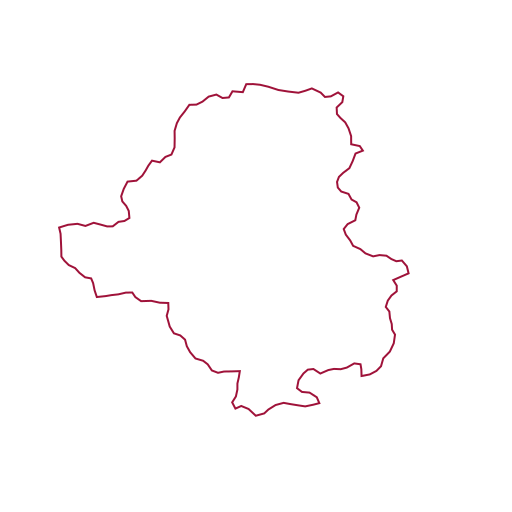 Descoberto, Minas Gerais, Brazil, rotated 236°
{"feature_id": "56859067B24625670932477", "entity_name": "Descoberto", "entity_type": "district", "adm_level": 2, "iso_a3": "BRA", "parent_name": "Brazil", "parent_adm1": "Minas Gerais", "projection": "robinson", "projection_center": [-42.969, -21.446], "detail": "fine", "context": "isolated", "style": "outline", "palette": "rose", "viewbox_px": 512, "rotation_deg": 236, "n_neighbors": 0, "source": "geoboundaries", "source_scale": "gbopen_adm2", "svg_char_len": 2400}
<svg xmlns="http://www.w3.org/2000/svg" viewBox="0 0 512 512"><g transform="rotate(236 256 256)"><path d="M311.0,101.1L306.8,109.0L304.4,114.3L301.2,120.4L298.4,127.7L294.9,133.0L289.4,133.0L282.8,135.5L277.4,144.1L271.1,150.1L266.1,157.0L260.7,153.6L256.3,148.5L250.8,146.7L245.7,145.0L237.8,144.7L232.5,148.8L226.3,150.4L219.9,148.2L213.1,147.6L204.9,148.5L198.7,153.6L193.2,155.4L185.8,155.4L180.4,159.2L178.1,164.9L174.0,171.2L169.6,178.2L164.9,173.8L160.7,169.3L155.7,165.9L150.8,160.8L148.0,154.4L141.0,153.6L139.9,159.9L133.3,164.3L123.7,166.5L120.9,174.8L121.8,180.4L121.5,188.9L118.8,196.8L113.9,201.8L108.2,207.9L103.8,212.7L100.7,220.3L98.6,226.2L104.9,227.4L112.8,224.0L117.6,218.1L123.5,216.1L129.2,221.8L132.1,229.7L132.8,235.4L130.2,240.4L122.6,243.6L121.0,252.2L118.8,257.5L114.8,262.9L112.7,268.9L112.0,277.4L107.8,282.1L103.2,280.0L97.5,276.4L94.2,284.1L93.4,291.6L94.7,298.0L100.0,304.3L101.9,313.5L106.6,321.4L113.1,327.3L118.8,327.6L123.7,330.5L129.5,332.3L135.4,335.5L141.2,335.1L145.3,340.3L147.5,346.2L148.0,352.9L152.7,356.1L159.3,356.3L157.7,365.2L156.3,372.8L163.1,375.3L170.7,374.4L173.2,369.4L177.8,366.5L183.3,364.3L187.7,358.9L190.2,352.9L197.0,348.2L203.3,346.4L210.1,342.2L216.2,342.8L223.5,342.4L229.3,343.8L231.2,349.8L230.1,358.3L234.2,362.4L238.3,368.6L244.3,369.4L249.4,366.8L255.8,367.4L261.8,362.7L267.0,362.1L272.1,364.6L275.2,369.0L276.2,374.8L276.6,382.5L280.6,389.2L285.3,395.8L283.6,403.5L289.1,403.5L295.4,397.4L302.2,401.9L310.1,404.1L316.9,404.7L323.2,403.2L328.4,402.5L334.0,405.9L335.3,413.6L339.6,417.7L345.7,415.5L346.5,407.3L349.3,402.1L355.3,401.0L363.7,396.0L365.4,389.3L367.6,382.5L374.3,374.7L381.1,367.4L389.4,360.9L395.7,355.1L400.1,349.8L403.9,344.0L399.2,336.7L405.7,328.6L402.6,322.2L405.7,316.6L412.0,313.4L414.6,305.9L413.9,298.0L414.8,291.3L418.6,285.3L415.7,277.7L413.4,270.4L410.4,264.7L405.3,258.5L398.9,254.3L391.6,249.2L387.4,242.6L388.8,236.3L387.4,228.7L393.2,223.1L391.1,217.3L388.6,212.3L386.2,206.6L385.3,199.0L389.5,191.1L385.6,183.9L380.9,177.6L376.0,175.7L370.1,176.4L364.5,175.7L358.3,172.3L358.6,166.5L361.2,161.1L360.7,153.8L363.7,149.2L369.2,144.5L374.3,140.0L376.3,131.4L382.5,126.0L387.0,117.6L389.7,108.7L383.7,106.4L377.1,102.4L369.8,97.9L364.3,94.3L359.3,94.5L353.2,95.7L347.1,99.3L340.8,100.2L333.9,102.4L329.6,106.8L324.6,105.8L317.8,103.0L311.0,101.1Z" fill="none" stroke="#9f1239" stroke-width="2"/></g></svg>